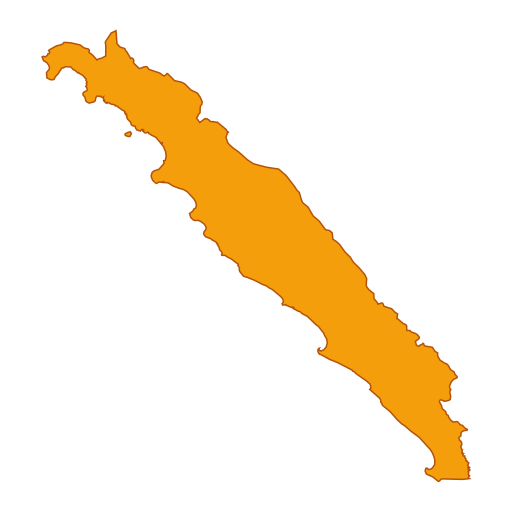 the district of Pesisir Barat, Lampung, Indonesia
{"feature_id": "22746128B87029922352837", "entity_name": "Pesisir Barat", "entity_type": "district", "adm_level": 2, "iso_a3": "IDN", "parent_name": "Indonesia", "parent_adm1": "Lampung", "projection": "albers", "projection_center": [104.225, -5.409], "detail": "fine", "context": "isolated", "style": "filled", "palette": "amber", "viewbox_px": 512, "rotation_deg": 0, "n_neighbors": 0, "source": "geoboundaries", "source_scale": "gbopen_adm2", "svg_char_len": 5947}
<svg xmlns="http://www.w3.org/2000/svg" viewBox="0 0 512 512"><path d="M42.1,56.9L43.6,60.7L46.8,62.6L48.5,64.9L49.4,67.1L49.3,69.1L46.5,72.6L46.9,77.9L50.0,79.5L51.8,79.9L54.1,79.4L55.3,76.8L58.5,73.4L59.7,71.0L60.5,70.5L60.8,69.4L62.3,67.7L63.3,68.0L65.5,66.7L70.9,67.0L73.4,69.8L74.4,69.9L78.0,73.0L78.6,72.5L79.6,73.6L82.7,75.3L85.4,78.4L86.0,78.6L86.0,80.5L87.0,82.2L86.2,83.4L86.8,84.2L86.8,85.2L85.7,86.3L87.0,88.0L87.2,89.7L86.9,90.6L84.1,92.0L82.9,93.3L83.2,95.3L84.8,96.9L85.8,100.8L87.0,102.0L89.2,103.1L93.6,102.0L95.3,100.7L95.8,97.6L97.3,95.9L98.8,96.4L100.8,96.3L100.7,96.7L102.9,97.7L103.4,97.2L103.2,98.1L104.3,100.2L103.6,100.0L103.6,100.7L106.0,103.0L107.0,103.3L107.1,102.5L108.1,102.5L110.9,104.0L114.9,104.9L115.2,105.8L116.9,106.1L122.3,110.1L124.7,111.3L124.8,113.1L126.1,113.5L125.7,114.7L126.8,115.0L126.8,117.4L127.5,119.0L130.5,122.1L131.4,124.9L132.5,125.7L135.2,126.3L135.5,127.9L136.9,130.0L140.5,131.1L141.5,129.7L142.4,129.3L143.6,130.0L142.8,130.7L142.9,131.2L144.9,132.9L146.5,132.8L147.7,132.1L148.4,132.5L148.7,133.5L149.3,133.5L150.7,134.7L155.8,137.3L160.7,143.0L161.5,143.0L161.9,143.5L162.7,141.9L162.1,143.6L161.0,143.6L163.5,146.5L165.6,151.8L166.2,156.2L165.3,160.4L165.8,160.4L163.6,160.7L164.0,162.6L163.7,163.8L159.0,169.2L153.8,171.0L152.1,172.6L151.3,175.1L151.3,177.0L152.7,180.4L155.4,182.9L156.7,183.4L158.9,182.0L161.6,182.3L163.3,181.8L162.9,182.5L167.9,182.8L172.9,185.9L179.4,188.4L183.7,189.6L187.3,191.8L193.9,198.9L195.8,202.2L196.3,205.4L195.8,207.8L193.8,209.1L192.8,211.1L189.5,213.5L190.8,217.6L193.4,220.0L195.2,220.6L196.8,220.3L199.2,220.7L201.3,221.8L204.3,224.2L205.8,226.5L206.2,229.0L204.0,231.9L203.7,233.5L204.0,234.7L205.6,236.8L210.7,238.7L212.2,240.0L215.7,241.8L217.3,243.5L217.5,244.0L217.0,243.8L219.2,247.6L219.5,249.6L221.8,252.1L222.2,253.5L221.5,254.6L221.8,255.3L225.5,255.5L226.5,256.5L231.5,259.1L238.3,264.3L237.9,265.5L239.5,267.9L239.2,269.4L239.7,271.4L243.5,276.3L247.1,277.3L254.8,280.4L262.0,284.2L267.0,286.2L268.8,287.7L272.3,289.5L280.1,296.0L282.5,298.5L283.4,301.2L283.0,302.6L282.1,303.7L282.6,305.1L285.3,304.6L286.4,304.6L285.1,304.8L291.4,307.4L293.3,307.6L292.9,307.1L293.2,307.1L293.7,307.7L292.9,308.0L293.0,308.4L298.0,311.1L300.1,311.7L302.4,313.8L307.4,316.4L316.0,324.7L318.4,326.4L323.8,333.3L324.6,335.5L326.7,339.0L327.3,342.9L326.2,347.0L323.9,349.7L321.1,351.0L319.8,350.6L318.8,349.6L319.4,348.3L318.5,348.7L318.0,349.6L317.9,351.6L319.2,354.1L320.7,354.5L329.6,359.4L337.6,362.6L349.6,368.8L352.3,370.3L352.8,371.2L353.9,371.5L356.4,373.9L367.5,381.7L368.1,382.6L369.7,383.6L370.6,385.7L370.8,388.5L369.7,389.4L379.6,398.2L380.7,400.0L380.9,402.5L382.0,403.6L382.1,404.7L382.9,405.7L390.2,411.7L397.4,419.9L401.8,423.9L404.9,425.9L410.7,431.0L419.4,437.5L430.1,449.3L432.3,452.7L434.1,457.0L434.8,460.3L434.7,464.6L432.5,467.8L430.7,469.2L428.3,469.4L426.9,468.0L425.8,468.5L425.1,471.0L426.3,474.0L433.1,477.1L438.2,481.3L439.5,481.0L440.8,479.4L442.2,478.9L462.6,479.4L469.4,478.6L468.4,478.0L468.8,476.3L469.6,475.9L468.2,474.2L468.7,472.5L468.2,471.5L468.4,470.8L469.5,470.7L469.9,470.0L469.6,469.4L468.2,468.9L469.4,467.7L468.2,467.5L468.8,466.7L467.6,465.3L468.8,463.1L468.3,462.4L466.6,461.5L466.8,460.7L465.9,460.4L465.8,458.5L465.0,458.2L464.7,455.9L463.4,456.0L463.1,455.6L462.8,454.5L463.6,453.5L461.9,453.0L462.3,452.3L461.9,451.1L462.5,449.8L461.7,449.1L460.7,446.8L461.7,445.0L461.7,442.7L460.9,441.3L459.6,440.3L458.8,438.0L459.1,437.2L460.8,436.1L461.1,432.8L461.6,432.0L463.7,430.7L467.0,430.3L467.4,429.5L464.8,428.0L462.5,425.4L460.4,424.9L457.7,421.9L456.4,421.5L453.3,422.1L450.9,420.3L449.1,418.0L448.2,415.5L446.4,414.3L445.7,411.6L442.2,408.6L441.4,405.3L439.4,401.9L439.8,400.3L440.6,399.9L441.9,400.0L443.7,401.1L445.1,401.2L448.8,400.4L450.2,399.5L450.7,396.3L449.7,391.9L450.8,389.5L449.8,388.4L449.5,386.0L451.5,381.6L453.8,379.2L456.9,377.9L457.2,377.1L457.0,376.4L455.1,374.5L454.1,371.9L451.5,370.3L449.9,368.7L448.6,365.9L446.9,364.0L444.2,362.9L440.0,360.1L438.0,356.7L437.5,354.7L437.8,353.1L434.8,351.1L432.4,347.3L425.0,346.0L424.2,345.5L423.6,343.6L423.0,343.3L421.9,344.4L420.0,345.1L419.4,346.0L418.2,346.3L416.4,345.0L415.3,341.5L419.0,338.7L419.4,337.3L417.5,334.8L415.5,333.5L411.1,331.9L409.9,330.5L406.8,330.4L406.6,325.6L405.8,324.7L402.7,323.2L397.5,318.6L396.9,318.6L397.6,313.9L394.9,312.2L391.7,308.8L384.0,306.3L382.7,303.2L381.5,303.0L377.9,304.1L377.3,302.5L374.0,298.7L373.8,293.7L368.8,289.6L366.6,286.7L366.2,284.8L366.7,278.8L364.8,274.6L359.4,268.2L353.2,262.0L350.2,257.1L344.9,251.9L339.6,244.5L336.5,241.6L332.9,239.2L332.2,232.9L329.7,230.6L325.9,229.8L325.1,229.2L319.3,221.2L313.1,215.9L308.1,207.2L302.6,202.6L301.4,199.8L299.3,192.5L296.8,190.1L295.1,187.2L286.3,175.8L278.7,169.1L265.9,167.1L253.5,163.8L247.4,159.8L238.5,151.8L233.7,148.5L229.8,145.1L227.8,142.8L226.0,137.5L227.4,132.8L229.0,132.1L227.6,132.2L226.0,129.4L217.2,122.1L216.6,122.4L213.8,121.7L210.9,121.6L209.6,120.9L209.2,120.2L207.1,118.8L205.8,119.0L205.1,118.5L199.8,122.5L196.4,117.9L197.8,116.3L198.1,114.9L200.0,112.8L200.2,107.8L200.6,105.7L201.9,104.2L202.2,101.8L200.3,97.4L197.8,93.6L196.7,92.7L190.9,90.0L184.9,84.0L181.8,82.3L174.5,80.6L167.7,73.7L166.9,73.5L165.7,75.1L163.9,76.0L159.7,73.0L148.9,69.4L147.1,66.9L146.3,66.6L143.4,67.0L141.9,67.9L139.2,68.5L134.2,63.6L133.3,62.2L133.9,60.7L133.1,58.8L131.8,58.0L130.7,58.5L126.7,51.7L125.5,50.4L124.8,48.6L120.0,47.0L117.0,43.8L116.0,30.7L111.2,33.0L105.6,41.4L105.3,42.4L105.8,45.6L105.7,56.0L101.5,58.2L98.3,59.0L96.9,60.0L93.0,55.5L90.8,53.6L89.1,52.7L89.3,50.1L88.2,48.9L84.2,48.0L80.0,44.9L71.2,42.9L66.8,42.5L63.9,42.4L63.1,43.7L60.6,44.9L56.6,45.8L49.2,49.9L48.6,50.6L49.5,51.6L49.7,52.7L49.2,53.4L48.0,53.6L47.8,54.6L47.0,55.6L45.4,56.8L43.2,56.3L42.1,56.9ZM130.0,136.4L131.4,133.6L130.4,131.9L128.3,132.2L125.2,133.8L125.0,134.9L126.1,135.8L128.4,136.5L130.0,136.4Z" fill="#f59e0b" stroke="#b45309" stroke-width="1.5"/></svg>